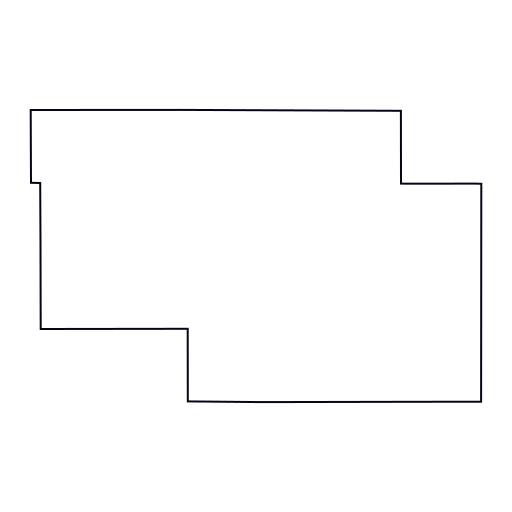 Pawnee, Kansas, United States of America (Natural Earth projection)
{"feature_id": "52423323B20643540439261", "entity_name": "Pawnee", "entity_type": "district", "adm_level": 2, "iso_a3": "USA", "parent_name": "United States of America", "parent_adm1": "Kansas", "projection": "natural_earth1", "projection_center": [-99.239, 38.175], "detail": "fine", "context": "isolated", "style": "outline", "palette": "ink", "viewbox_px": 512, "rotation_deg": 0, "n_neighbors": 0, "source": "geoboundaries", "source_scale": "gbopen_adm2", "svg_char_len": 326}
<svg xmlns="http://www.w3.org/2000/svg" viewBox="0 0 512 512"><path d="M408.0,401.8L481.1,401.7L481.3,183.8L475.1,183.6L407.6,183.7L401.0,183.6L400.9,110.8L180.1,109.9L30.7,110.0L31.0,182.8L40.2,183.0L40.5,243.7L40.7,329.0L187.7,328.8L187.8,401.4L261.3,402.1L408.0,401.8Z" fill="none" stroke="#020617" stroke-width="2"/></svg>